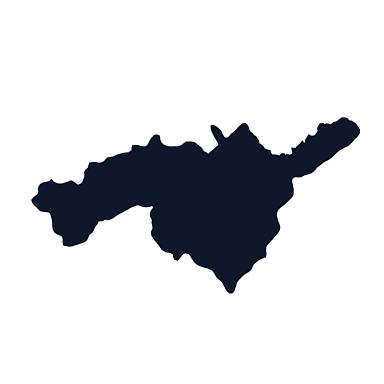 Uruana de Minas, Minas Gerais, Brazil (orthographic projection), rotated 98°
{"feature_id": "56859067B46615656521391", "entity_name": "Uruana de Minas", "entity_type": "district", "adm_level": 2, "iso_a3": "BRA", "parent_name": "Brazil", "parent_adm1": "Minas Gerais", "projection": "orthographic", "projection_center": [-46.329, -16.099], "detail": "fine", "context": "isolated", "style": "filled", "palette": "ink", "viewbox_px": 384, "rotation_deg": 98, "n_neighbors": 0, "source": "geoboundaries", "source_scale": "gbopen_adm2", "svg_char_len": 4573}
<svg xmlns="http://www.w3.org/2000/svg" viewBox="0 0 384 384"><g transform="rotate(98 192 192)"><path d="M106.9,35.0L104.8,37.0L103.2,38.4L101.4,40.5L99.8,44.2L100.0,46.7L98.2,48.1L97.5,50.6L97.9,53.7L100.0,55.9L102.3,57.9L103.8,61.3L106.5,63.8L106.3,66.1L105.9,68.4L107.6,70.1L106.3,71.6L106.8,74.4L109.5,75.7L111.5,76.3L113.9,75.2L117.5,76.8L119.6,78.4L120.5,81.3L119.4,84.4L121.8,85.1L124.5,86.4L127.6,86.0L128.4,88.2L126.7,89.7L129.0,91.1L131.2,92.8L132.7,94.1L134.9,95.5L134.8,98.9L137.1,98.2L138.8,97.3L140.8,97.9L142.2,99.9L142.0,103.0L143.4,104.9L141.6,106.1L141.9,108.6L144.7,110.2L144.0,112.7L144.0,115.3L144.6,117.8L142.8,119.5L140.3,120.6L140.1,123.5L139.5,126.4L137.4,128.0L136.0,130.1L134.9,132.6L132.2,133.4L130.6,135.0L128.6,136.5L127.7,138.9L125.8,140.6L124.9,142.6L123.3,144.1L120.8,145.1L118.4,146.7L116.9,148.5L117.5,150.9L119.3,152.5L121.3,154.4L124.3,156.3L127.5,159.0L129.9,161.3L131.8,162.2L134.2,164.5L133.9,167.5L131.0,170.3L128.6,171.5L126.6,173.5L124.6,176.7L123.2,179.9L124.0,182.1L126.5,181.5L129.5,180.1L133.7,177.3L136.8,174.7L138.5,173.4L141.7,171.4L143.2,172.7L144.9,174.5L146.8,175.7L148.5,177.3L150.4,179.1L153.1,181.1L151.6,183.1L150.9,185.2L149.7,187.1L147.4,188.9L145.9,191.5L144.4,193.9L143.0,196.5L142.8,200.0L143.3,202.3L143.5,204.4L145.2,206.4L146.7,207.6L148.3,209.7L149.5,212.3L149.8,214.9L150.1,216.9L150.5,219.4L150.7,221.8L150.3,224.3L149.6,226.9L148.0,229.3L144.9,231.3L141.2,232.4L140.6,235.2L141.5,237.1L143.7,238.7L146.2,240.0L149.3,241.1L152.5,242.4L154.1,244.5L154.3,247.8L154.1,250.1L153.7,252.1L154.1,254.4L154.5,257.0L157.0,257.3L159.1,256.5L160.2,258.2L162.1,259.8L162.9,263.1L163.6,265.6L164.5,267.7L165.6,270.3L167.2,272.8L168.8,275.4L169.6,278.1L170.1,280.2L172.1,281.7L174.4,283.1L176.1,285.8L176.7,288.4L176.5,291.0L176.7,293.8L177.6,297.0L179.9,297.6L182.9,297.9L185.2,300.1L187.4,300.9L189.7,300.2L192.1,300.0L194.3,300.7L197.3,301.0L199.8,303.2L201.3,305.4L200.8,307.8L199.1,310.1L198.0,313.3L200.0,316.7L201.3,319.5L202.3,321.6L202.8,323.7L202.8,326.9L202.0,329.5L201.2,331.4L199.6,332.8L201.3,334.3L202.5,336.4L203.5,339.7L205.2,342.4L207.3,343.8L210.0,344.5L213.0,343.4L215.8,343.9L217.8,345.9L220.1,347.9L222.3,349.3L224.7,347.9L226.7,345.8L228.3,343.5L229.7,341.7L231.4,339.6L231.6,335.1L231.4,331.1L232.8,328.8L236.0,327.5L239.2,326.0L242.2,325.3L245.5,324.9L248.5,323.9L250.6,322.2L252.1,319.5L252.6,317.0L253.9,314.0L256.8,312.6L259.5,312.5L262.3,311.5L262.5,306.0L261.8,303.2L260.6,301.0L259.1,297.8L257.7,295.0L256.8,293.0L255.3,290.9L253.2,289.5L250.9,289.0L247.9,287.8L245.7,285.6L243.5,284.8L241.4,284.2L239.3,283.4L237.6,282.4L235.7,281.5L233.7,281.2L233.1,279.2L232.7,276.7L230.6,274.6L231.0,271.5L229.8,268.9L227.8,266.4L226.1,264.5L224.4,262.6L223.0,260.8L221.7,258.8L220.2,256.9L218.7,255.1L217.6,253.3L216.3,251.8L214.9,249.8L213.4,247.2L211.9,244.5L212.1,241.9L212.9,238.6L212.8,235.5L212.0,232.4L210.7,229.8L211.6,227.3L214.3,228.3L216.9,229.6L219.0,230.1L221.5,229.6L223.4,228.2L225.1,227.1L227.4,227.1L229.8,226.4L231.7,225.7L234.2,225.3L237.2,226.4L240.4,225.6L242.3,224.0L243.8,222.5L245.7,220.7L247.4,218.8L249.1,216.9L250.8,215.4L252.6,213.9L253.6,212.0L254.6,209.3L254.6,207.0L254.8,204.1L256.4,201.6L258.4,201.0L260.8,199.8L261.3,197.1L259.7,195.9L257.3,194.4L255.2,193.2L253.5,191.8L252.9,189.6L253.3,186.2L255.3,184.2L257.4,182.6L259.9,180.4L261.7,178.4L262.7,176.4L263.4,174.5L264.0,171.7L264.5,168.6L264.6,166.6L265.4,163.8L266.1,161.3L267.4,159.5L269.4,157.9L271.1,156.6L272.6,155.3L273.9,153.6L275.0,151.6L276.4,149.6L278.0,148.2L280.5,146.6L282.4,145.2L284.8,143.4L286.5,140.7L286.1,138.2L283.6,136.9L280.8,136.3L278.9,136.0L275.5,135.6L272.9,134.3L271.0,133.0L268.5,131.2L266.1,129.2L264.7,127.6L262.8,125.1L260.5,123.2L258.1,122.5L256.0,121.9L253.4,120.4L251.3,118.3L249.6,116.7L247.7,113.8L246.0,110.6L243.3,110.3L240.2,111.2L237.2,111.4L235.2,111.3L233.0,110.3L231.4,109.0L229.1,107.4L225.8,105.2L223.3,103.5L221.2,102.2L219.3,101.2L217.4,100.5L214.8,100.4L212.2,101.4L209.1,103.2L206.4,104.3L204.0,105.4L199.8,105.6L196.7,104.3L194.3,102.2L191.9,99.8L189.8,98.0L187.7,96.3L185.4,94.7L183.7,93.3L181.2,91.9L178.1,92.1L175.1,92.4L173.0,93.2L170.9,93.8L168.1,95.1L164.3,95.0L162.2,92.3L162.0,89.4L161.6,86.4L159.4,83.6L158.0,80.4L156.4,76.8L154.1,74.7L152.2,73.3L150.3,72.4L148.6,70.8L146.3,68.4L144.4,66.7L142.5,64.3L141.0,62.1L139.0,59.8L136.5,57.6L134.0,55.8L131.6,53.8L129.3,51.6L128.0,49.7L126.2,47.4L124.4,44.5L122.7,43.0L120.6,41.2L118.3,39.8L116.5,38.8L114.9,37.1L112.5,35.7L110.1,34.7L106.9,35.0Z" fill="#0f172a" stroke="#020617" stroke-width="1.5"/></g></svg>